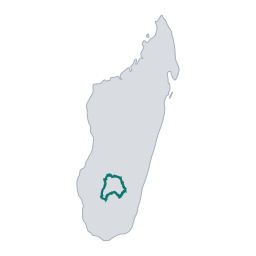 Ihosy, Ihorombe, Madagascar shown in context
{"feature_id": "10022922B7074189327891", "entity_name": "Ihosy", "entity_type": "district", "adm_level": 2, "iso_a3": "MDG", "parent_name": "Madagascar", "parent_adm1": "Ihorombe", "projection": "natural_earth1", "projection_center": [45.83, -22.367], "detail": "fine", "context": "in_parent", "style": "outline", "palette": "teal", "viewbox_px": 256, "rotation_deg": 0, "n_neighbors": 0, "source": "geoboundaries", "source_scale": "gbopen_adm2", "svg_char_len": 7854}
<svg xmlns="http://www.w3.org/2000/svg" viewBox="0 0 256 256"><path d="M165.9,21.2L166.6,23.0L167.3,24.6L169.7,28.7L170.7,30.2L171.6,31.9L172.0,35.2L173.5,40.3L174.8,48.0L175.2,55.9L175.7,59.6L176.8,63.0L178.6,66.5L179.1,70.5L178.0,74.5L176.4,78.3L175.9,79.1L175.2,80.0L174.8,80.0L173.6,79.0L172.5,77.4L171.2,73.6L170.7,71.7L170.2,71.4L168.6,71.5L167.5,72.7L167.3,73.5L167.5,75.6L167.9,77.6L168.1,79.5L168.1,82.0L168.5,82.7L169.2,83.4L169.8,85.0L169.9,88.8L169.5,90.8L168.4,92.4L168.4,93.4L168.8,94.3L168.4,94.9L167.0,95.6L166.4,96.2L165.6,97.9L164.3,101.4L164.1,103.2L164.9,108.6L164.6,112.4L163.0,119.7L162.0,123.2L160.7,127.3L158.6,132.8L156.6,139.6L154.8,146.7L153.6,150.9L152.1,155.1L150.1,162.5L148.4,170.0L146.0,178.3L142.5,187.5L142.2,188.7L141.4,193.4L140.7,197.5L139.7,201.5L137.8,208.2L137.6,210.3L137.2,212.3L135.3,216.5L134.5,218.0L134.0,219.7L133.7,221.8L133.1,223.8L131.8,227.5L129.8,230.7L128.4,231.9L125.5,233.6L124.0,233.9L120.8,234.0L117.6,234.9L114.3,236.8L111.1,238.9L109.9,239.9L108.5,240.5L104.3,240.6L103.0,240.2L98.8,236.7L97.2,236.1L94.1,235.6L93.2,235.3L92.3,234.9L91.0,233.0L88.6,231.5L88.0,231.0L87.6,230.0L87.3,228.8L86.7,227.5L86.2,225.1L85.4,223.4L83.1,220.3L82.8,219.4L82.6,216.2L82.7,214.0L82.4,210.0L82.7,208.2L83.5,206.5L83.2,204.7L82.3,202.8L82.0,200.8L81.3,199.0L78.9,195.7L78.3,194.1L77.9,192.5L77.0,187.3L76.9,185.5L77.0,181.7L77.3,179.8L77.9,178.4L78.0,177.4L78.4,176.5L79.0,175.8L79.4,175.0L80.3,170.1L81.4,169.1L83.1,168.5L84.4,167.2L85.2,165.5L86.0,161.9L88.1,158.4L88.9,156.6L90.6,153.8L92.1,149.9L92.6,148.1L92.9,146.2L93.3,142.0L93.6,140.0L93.5,137.9L92.6,135.8L90.5,132.0L90.4,131.3L90.6,128.5L90.4,126.4L89.6,124.4L88.7,122.5L87.7,118.9L87.2,113.0L87.3,110.8L87.0,108.9L86.3,107.1L86.8,103.9L93.0,92.4L93.2,91.1L93.0,87.6L93.1,85.5L93.3,84.8L93.8,84.3L94.9,84.1L99.9,83.6L100.6,83.3L101.8,82.3L103.6,80.4L104.4,79.9L105.1,80.1L105.5,80.9L106.1,81.3L108.1,80.5L108.9,80.4L109.7,80.6L110.1,79.8L110.3,78.8L110.6,78.0L111.1,77.6L113.8,77.4L115.5,77.1L117.6,76.3L118.1,76.5L119.9,79.1L120.4,79.3L121.1,79.4L121.7,79.0L120.3,77.6L120.0,76.8L120.1,75.9L120.9,74.0L122.2,72.6L125.0,70.4L127.9,67.9L128.8,67.7L129.5,68.1L130.1,71.1L130.0,71.6L130.5,71.6L131.0,71.3L131.5,70.1L131.5,69.1L131.2,68.1L131.0,67.3L130.9,66.5L132.4,64.8L133.6,63.1L134.2,61.1L134.6,60.1L135.9,59.1L136.2,59.2L136.5,60.1L136.7,61.0L136.4,61.9L135.9,62.8L135.7,64.0L136.4,64.2L137.1,63.9L138.1,61.8L139.2,59.7L139.8,58.7L140.7,58.0L142.0,58.1L143.4,58.6L141.2,56.4L140.7,53.5L143.3,48.5L143.3,47.4L143.7,47.1L143.8,46.7L142.5,45.0L142.2,44.2L142.4,42.9L143.1,41.7L143.7,40.9L144.5,40.6L145.1,41.1L146.6,42.5L147.5,42.7L148.7,41.3L149.7,39.7L151.1,38.5L152.8,37.8L155.3,35.2L156.9,29.6L157.1,28.0L156.7,26.1L156.1,24.2L155.2,21.9L155.4,21.4L156.8,21.7L157.2,21.3L158.7,19.3L161.2,15.4L162.0,15.4L162.7,16.1L162.9,17.2L163.4,18.0L165.1,19.8L165.9,21.2ZM148.8,36.8L148.8,37.4L146.9,37.1L146.6,35.0L147.6,35.0L147.8,34.1L148.3,34.0L148.9,35.9L148.8,36.8ZM171.2,95.8L169.6,98.8L170.1,96.3L171.9,92.6L172.5,92.3L171.2,95.8Z" fill="#d9dde1" stroke="#a8b0b8" stroke-width="1"/><path d="M117.7,177.0L117.4,176.9L117.2,176.9L116.7,176.7L116.6,176.4L116.4,176.5L116.2,176.4L116.0,176.5L115.7,176.6L115.6,176.3L115.4,176.4L115.1,176.4L115.0,176.5L114.9,176.5L114.9,176.2L114.8,175.8L114.6,175.7L114.5,176.0L114.4,176.1L114.1,176.0L113.9,176.4L113.5,176.5L113.4,176.7L113.0,176.8L112.8,176.7L112.4,176.9L112.4,176.7L112.0,176.5L111.8,176.0L111.5,175.8L111.4,175.6L111.2,175.8L111.0,175.5L110.7,175.6L110.4,175.5L110.3,175.4L110.2,175.2L110.0,174.8L109.9,174.6L109.6,174.8L109.5,174.7L109.4,174.5L109.1,174.6L108.9,174.5L108.5,174.6L108.9,175.6L108.5,175.5L108.3,175.6L108.1,175.4L107.9,175.5L107.8,175.8L107.6,175.7L107.4,175.8L107.3,175.7L107.2,175.6L107.1,175.9L107.0,176.1L106.8,176.4L106.4,177.0L106.2,177.4L106.2,177.7L106.3,178.1L106.3,178.6L106.2,178.6L106.1,178.8L105.9,178.9L105.9,179.0L106.0,179.2L105.9,179.2L105.7,179.2L105.4,179.1L105.1,179.1L104.8,179.2L104.7,179.2L104.2,179.2L104.2,179.5L104.4,180.4L104.6,180.4L104.8,180.5L104.9,180.3L105.0,180.1L105.1,180.6L105.3,180.9L105.3,181.0L105.3,181.4L105.3,181.6L105.1,182.0L105.3,182.1L105.3,182.7L105.4,183.1L105.5,183.1L105.6,183.4L105.3,183.7L105.2,183.7L105.2,183.9L105.4,184.2L105.4,184.5L105.2,184.6L105.2,184.8L104.9,184.7L104.7,184.9L104.7,185.1L104.8,185.1L104.6,185.2L104.6,185.5L104.6,185.8L104.6,186.0L104.7,186.4L104.7,186.5L104.7,186.8L104.3,186.9L104.3,187.0L104.2,187.2L104.2,187.3L104.1,187.6L104.1,187.9L103.9,188.1L103.5,188.9L103.0,189.1L102.9,189.4L102.7,189.5L102.6,190.1L102.4,190.2L102.4,190.5L102.3,191.1L102.4,191.3L102.3,191.5L102.1,191.6L101.8,192.2L101.8,192.4L101.8,192.5L101.9,192.8L101.9,193.1L102.0,193.1L102.0,193.3L101.9,193.5L101.7,193.6L101.6,193.8L101.8,194.0L101.8,194.3L102.0,194.5L102.2,194.9L102.3,195.4L102.4,195.5L102.3,195.9L102.1,195.9L102.0,196.0L101.2,196.1L101.1,196.7L101.0,196.8L101.4,197.5L101.6,197.5L101.8,197.7L101.9,197.8L102.0,198.0L102.3,198.2L102.4,198.5L102.8,198.6L103.0,198.5L103.5,198.7L104.0,198.7L104.5,198.9L104.7,199.3L105.1,199.1L105.1,199.3L105.4,199.5L105.5,199.5L105.8,199.4L106.0,199.6L106.3,199.4L106.3,199.5L106.5,199.2L106.4,198.9L106.5,198.5L106.4,198.3L106.4,198.2L106.4,197.5L106.5,197.4L106.5,197.1L106.6,196.9L106.6,196.5L106.5,196.4L106.8,196.3L106.8,196.0L106.9,195.8L106.8,195.7L106.9,195.8L107.0,195.7L106.9,195.5L107.0,195.3L107.2,195.5L107.2,195.4L107.3,195.3L107.5,195.2L107.5,194.9L107.5,195.0L107.9,195.1L108.0,194.8L108.0,194.7L108.3,194.7L108.6,194.6L108.6,194.4L108.8,194.3L109.0,194.2L109.4,194.0L109.5,193.7L110.0,193.6L110.3,193.4L110.4,193.5L110.5,193.5L110.4,193.4L110.6,193.5L110.6,193.3L111.0,193.4L111.0,193.2L111.4,193.1L111.5,192.9L111.6,193.0L111.9,193.1L112.0,192.9L112.3,192.7L112.5,192.6L112.9,192.6L112.9,192.4L113.0,192.4L113.3,192.4L113.5,192.3L113.6,192.2L113.7,192.3L113.8,192.3L114.0,192.4L114.2,192.2L114.3,192.2L114.4,192.3L114.6,192.4L114.7,192.2L114.8,192.3L114.7,192.4L115.0,192.5L115.1,192.3L115.1,192.5L115.3,192.6L115.5,192.5L115.7,192.8L115.8,193.0L116.2,193.1L116.2,193.3L116.3,193.3L116.5,193.4L116.6,194.2L116.7,194.3L116.9,194.4L117.0,194.5L117.2,194.8L117.3,194.6L117.6,194.7L117.8,194.9L118.1,195.1L118.3,195.0L118.4,195.4L118.6,195.7L118.6,196.0L118.8,196.1L118.8,196.4L119.1,196.9L119.1,197.0L119.2,197.3L119.3,197.6L119.6,197.5L119.7,197.3L120.0,197.1L120.5,196.9L120.5,196.6L120.3,196.2L120.3,195.9L120.2,195.8L120.0,195.4L120.3,195.2L120.6,195.3L120.7,195.2L120.8,195.6L121.0,195.8L121.4,195.7L121.5,195.6L121.6,195.2L121.8,194.9L121.9,194.7L122.2,194.5L122.0,193.8L121.8,193.4L121.9,193.2L122.1,193.4L122.3,193.3L122.1,192.8L122.1,192.6L122.4,192.4L122.7,192.3L123.1,191.9L123.5,192.1L123.8,192.1L123.9,191.9L124.0,191.9L124.1,192.1L124.3,191.9L124.0,191.6L123.9,191.3L123.9,191.0L123.9,190.7L124.1,190.6L124.4,190.7L124.6,190.6L124.8,190.4L125.1,190.2L125.4,190.5L125.3,189.7L125.5,189.2L125.5,188.7L125.4,188.3L124.9,188.1L124.8,187.9L124.6,187.8L124.6,187.7L124.3,187.5L124.2,187.6L124.1,187.8L124.0,187.7L124.0,187.4L123.8,187.5L123.7,187.5L123.7,187.2L123.4,186.8L123.5,186.6L123.4,186.5L123.2,186.4L123.3,186.2L123.4,185.7L123.2,185.4L123.1,185.1L123.2,184.8L123.2,184.7L122.9,184.5L122.8,184.1L122.7,184.0L122.8,183.8L122.8,183.4L122.7,183.3L122.6,183.2L122.8,183.2L122.9,182.8L122.6,182.8L122.7,182.6L122.6,182.3L122.4,182.1L122.1,182.2L122.0,182.4L121.9,182.5L121.9,182.4L121.8,182.0L121.5,181.9L121.4,181.6L121.4,181.2L121.6,180.9L121.6,180.7L121.5,180.4L121.6,179.9L121.5,180.1L121.4,180.1L121.3,179.9L121.0,179.8L120.9,179.7L120.9,179.1L120.7,179.0L120.6,178.9L120.7,178.5L120.7,178.4L120.6,178.5L120.4,178.1L120.2,178.2L120.3,178.4L120.0,178.4L119.9,178.0L120.0,177.6L119.8,177.4L119.4,177.5L119.2,177.4L119.1,177.5L118.9,177.6L118.7,177.5L118.7,177.2L118.5,176.9L118.3,176.9L117.7,177.0Z" fill="none" stroke="#0f766e" stroke-width="2"/></svg>